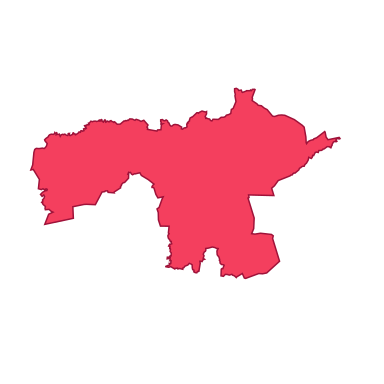 Ixtlán del Río, Nayarit, Mexico (Robinson projection), rotated 260°
{"feature_id": "50627088B6071095399846", "entity_name": "Ixtlán del Río", "entity_type": "district", "adm_level": 2, "iso_a3": "MEX", "parent_name": "Mexico", "parent_adm1": "Nayarit", "projection": "robinson", "projection_center": [-104.302, 21.029], "detail": "fine", "context": "isolated", "style": "filled", "palette": "rose", "viewbox_px": 384, "rotation_deg": 260, "n_neighbors": 0, "source": "geoboundaries", "source_scale": "gbopen_adm2", "svg_char_len": 6041}
<svg xmlns="http://www.w3.org/2000/svg" viewBox="0 0 384 384"><g transform="rotate(260 192 192)"><path d="M272.8,65.6L273.4,63.4L273.1,61.8L272.5,60.8L271.3,59.9L270.0,57.2L269.0,55.9L267.9,56.1L264.8,57.8L262.3,56.5L261.0,54.9L260.5,54.0L261.2,52.3L261.3,48.9L262.0,46.2L261.2,44.5L258.5,43.2L246.3,39.8L241.7,37.1L241.8,39.6L230.9,43.9L221.9,41.3L220.5,44.1L221.1,45.8L219.9,47.0L220.4,48.7L220.2,49.5L219.5,49.9L218.6,49.2L218.9,48.4L217.7,44.8L215.9,42.4L213.7,43.6L214.8,45.5L213.2,46.0L211.7,45.3L210.1,43.4L209.0,43.6L207.9,42.2L207.2,43.1L206.7,42.8L205.6,43.2L203.2,45.1L201.4,44.4L200.0,44.5L199.7,48.2L197.5,49.9L196.3,51.6L195.0,47.0L185.7,41.4L186.7,70.6L198.2,72.1L198.5,83.5L198.2,86.0L196.3,94.6L207.6,103.4L207.5,106.2L208.1,106.8L207.8,109.0L206.2,109.3L204.7,115.0L205.1,114.8L205.7,115.8L208.5,122.4L209.7,122.5L210.6,123.6L211.6,123.8L213.1,125.9L213.1,127.3L216.6,131.9L221.0,132.8L220.9,132.1L222.4,133.0L222.0,133.5L222.0,134.8L220.2,135.5L219.3,136.5L220.0,138.7L219.7,139.2L220.0,144.0L217.1,145.0L211.8,151.1L206.4,155.9L205.2,154.3L204.2,153.5L203.4,153.4L203.1,154.9L202.0,155.3L196.0,156.0L192.1,157.4L192.3,162.8L190.4,161.4L182.5,156.9L181.4,154.6L177.6,155.2L170.3,154.1L163.9,155.0L162.3,163.5L155.7,161.6L154.9,162.2L153.5,160.8L152.4,160.6L150.6,160.7L148.6,161.8L147.1,162.1L146.9,163.0L145.9,162.7L144.6,163.0L144.6,162.4L143.9,161.6L144.4,160.9L142.8,159.6L142.1,160.8L140.4,160.3L140.5,160.7L139.4,160.9L137.3,160.1L135.6,161.0L132.9,160.4L133.0,159.5L132.6,160.3L132.9,159.4L132.1,158.5L131.4,160.0L132.0,158.3L131.8,157.7L132.1,156.4L130.5,155.9L130.5,157.5L130.1,158.3L131.0,158.6L130.0,158.5L131.0,158.8L130.9,159.0L129.8,158.6L129.0,158.9L128.2,158.2L127.9,159.4L125.3,158.7L125.6,157.2L124.4,157.5L124.0,157.1L123.8,155.3L123.3,153.3L122.9,153.3L121.9,156.0L122.2,158.1L119.2,161.6L119.7,161.8L119.5,164.6L118.7,164.7L118.8,166.5L117.5,169.5L118.7,169.8L118.9,170.8L120.2,172.2L120.8,175.2L122.2,176.9L121.2,178.6L120.2,179.5L117.3,179.1L115.4,179.2L114.9,180.2L113.7,180.3L113.1,179.9L112.0,181.2L111.6,182.7L112.5,183.4L112.6,184.4L113.1,184.6L112.9,185.1L120.4,187.7L122.4,187.7L122.3,188.6L121.7,189.8L123.4,191.1L123.6,192.7L124.8,191.5L127.1,192.8L128.4,192.3L129.2,192.5L130.8,193.7L131.3,194.9L132.3,195.5L134.0,195.7L133.9,198.5L134.3,202.5L133.2,205.1L131.8,206.8L132.0,207.7L131.7,208.0L129.6,206.3L125.8,205.9L123.0,207.3L120.5,207.5L120.1,207.1L118.7,207.6L117.2,207.3L115.5,208.4L114.8,210.5L114.3,210.9L111.1,209.0L111.4,208.2L110.9,207.4L104.4,206.0L103.5,208.3L105.1,210.5L104.7,212.3L103.7,214.3L104.0,217.0L103.0,217.6L102.1,219.2L100.1,220.7L100.5,221.0L103.0,227.4L98.2,228.6L97.6,229.8L100.1,243.6L99.2,247.3L99.3,251.5L108.6,266.2L132.2,263.3L134.7,264.4L136.4,262.9L139.5,252.3L139.6,246.7L140.6,243.5L145.2,246.4L155.6,248.7L176.3,246.1L176.6,247.2L179.3,247.2L174.3,272.0L181.9,271.1L183.8,274.3L188.3,278.9L190.9,291.5L191.4,292.1L191.5,293.8L192.6,294.7L193.0,295.8L192.7,296.7L195.2,301.0L196.7,302.0L197.1,303.4L197.8,304.3L198.1,305.6L197.9,307.0L199.4,307.9L200.6,309.8L203.3,312.0L205.9,313.0L204.3,315.3L205.1,316.3L207.1,317.2L206.7,318.1L209.5,320.2L209.7,321.5L209.0,323.2L210.8,324.1L210.5,326.6L211.0,328.1L211.5,328.4L211.5,329.7L213.2,333.0L212.7,335.3L211.7,335.9L211.4,336.5L213.2,337.5L213.7,338.1L214.5,338.2L216.7,340.0L216.9,341.1L216.5,342.8L216.8,343.5L218.2,342.6L219.5,344.1L218.7,346.1L218.7,346.6L219.3,346.6L219.3,346.9L220.2,346.4L219.9,335.0L222.8,333.6L227.8,333.5L228.5,333.2L223.8,324.2L223.2,321.2L222.5,320.6L222.3,317.9L221.6,315.3L219.7,313.2L220.7,313.0L226.5,313.7L236.4,313.7L238.5,312.2L245.5,305.4L251.4,296.8L252.3,293.6L252.6,290.4L252.0,286.6L252.7,284.5L260.1,280.3L262.0,277.8L264.9,275.3L265.9,272.2L267.3,271.5L271.6,267.1L273.3,267.8L274.7,267.7L281.9,271.9L282.3,271.5L282.6,269.2L281.5,268.1L281.7,267.5L282.2,267.3L281.7,266.6L282.3,263.2L282.0,262.9L281.3,259.0L281.7,258.6L283.8,258.2L283.9,255.6L285.2,255.1L286.4,253.6L286.3,251.9L283.6,251.4L280.6,251.6L279.3,251.0L273.4,251.0L267.1,247.0L266.5,245.1L262.6,243.8L261.9,241.8L261.7,239.2L260.5,237.9L260.1,236.4L260.5,233.6L258.9,230.6L260.0,225.3L258.6,224.1L258.6,223.7L259.3,222.6L260.8,222.0L261.4,220.3L261.9,219.8L262.1,218.4L262.9,218.7L263.5,218.1L264.1,218.1L266.4,219.9L268.7,220.3L268.4,219.2L270.0,215.9L269.2,213.2L268.5,212.1L269.0,211.7L269.2,210.5L265.8,205.4L265.9,205.0L265.2,203.0L262.9,201.8L262.5,201.9L261.2,199.7L260.6,199.3L260.4,199.7L259.7,198.6L257.0,198.4L256.3,196.9L256.5,195.5L255.5,193.6L256.1,192.5L257.7,193.1L260.5,189.9L261.5,187.0L261.4,185.5L260.4,183.6L260.6,182.6L262.0,181.7L264.0,181.3L264.8,180.5L266.4,180.2L267.5,179.0L266.9,177.8L267.2,176.6L268.5,175.4L268.5,173.7L266.8,173.4L266.1,173.8L264.4,173.2L264.2,174.8L263.7,173.6L258.7,172.2L259.1,168.9L258.1,168.1L261.4,159.0L262.6,159.5L263.7,158.9L265.6,160.3L271.0,157.0L270.4,154.0L271.9,152.2L273.3,149.6L272.5,148.3L274.2,145.9L274.8,143.4L273.6,141.7L273.9,141.2L273.5,140.1L273.9,138.9L273.5,138.1L273.8,137.4L271.3,133.1L271.7,130.1L274.2,128.3L274.6,127.8L274.1,127.1L275.0,126.3L275.2,125.5L276.4,124.6L276.2,123.5L275.5,123.2L275.6,122.1L276.5,121.3L275.7,119.2L276.4,119.0L277.3,119.4L278.2,118.8L277.8,118.1L276.2,116.9L277.3,115.8L278.7,115.8L279.1,115.3L278.8,114.6L277.9,114.5L277.8,113.7L277.9,113.3L278.7,113.6L279.0,113.2L278.1,111.9L278.0,110.2L278.5,109.6L278.8,107.5L278.5,106.2L279.3,104.7L277.8,103.0L277.8,102.1L276.3,102.4L276.1,102.1L276.6,100.4L276.1,100.1L276.0,97.7L275.5,97.8L275.1,98.9L274.2,98.6L273.1,99.0L272.6,98.1L273.3,97.5L273.0,96.2L271.2,96.3L270.9,94.6L271.5,94.2L271.5,93.1L270.2,92.5L270.8,91.2L270.0,90.6L268.5,87.3L268.7,87.0L269.4,87.0L269.7,86.1L270.8,85.6L270.7,84.9L269.5,84.5L268.7,81.8L269.0,81.4L269.8,81.3L270.0,80.6L271.0,81.4L271.1,80.7L271.0,80.2L269.9,80.0L269.2,79.4L269.7,78.2L271.1,76.8L270.7,75.6L271.3,74.9L271.1,73.2L269.7,71.9L272.0,71.4L271.8,70.9L272.2,69.5L272.0,68.4L273.5,69.2L273.9,69.0L273.3,67.6L274.3,67.2L273.3,66.6L272.8,65.6Z" fill="#f43f5e" stroke="#9f1239" stroke-width="1.5"/></g></svg>